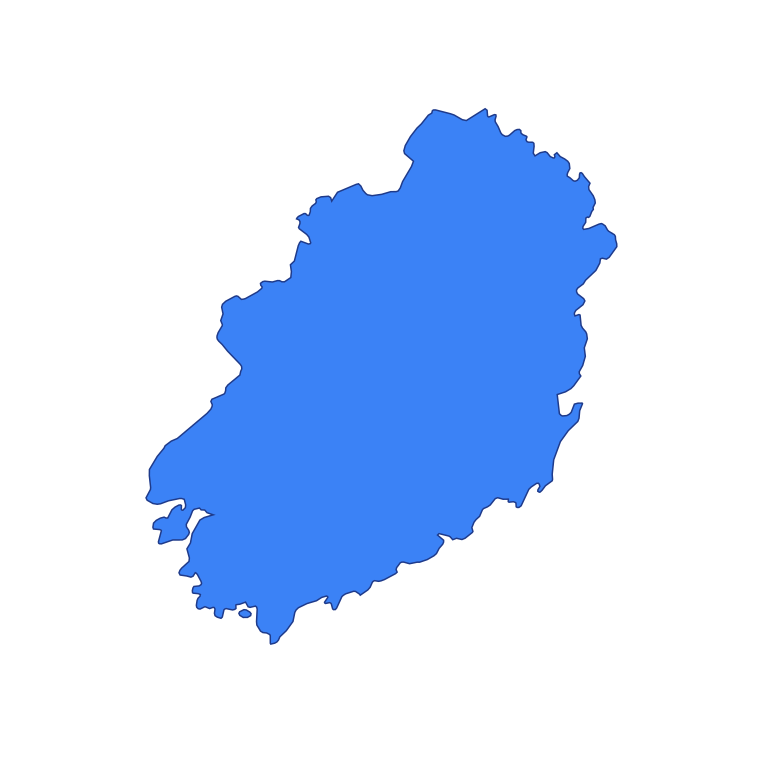 outline of Ryazan', rotated 139°
{"feature_id": "RUS-2374", "entity_name": "Ryazan'", "entity_type": "Region", "adm_level": 1, "iso_a3": "RUS", "parent_name": "Russia", "parent_adm1": "", "projection": "natural_earth1", "projection_center": [40.693, 54.337], "detail": "fine", "context": "isolated", "style": "filled", "palette": "blue", "viewbox_px": 768, "rotation_deg": 139, "n_neighbors": 0, "source": "natural_earth", "source_scale": "10m", "svg_char_len": 6164}
<svg xmlns="http://www.w3.org/2000/svg" viewBox="0 0 768 768"><g transform="rotate(139 384 384)"><path d="M293.3,559.2L274.0,552.9L271.9,551.8L271.6,548.6L272.8,544.0L272.8,539.8L272.4,537.7L269.4,533.9L261.4,528.7L252.7,524.7L248.6,521.2L246.7,520.4L243.1,521.3L237.1,524.6L220.6,530.1L215.6,532.8L217.3,544.4L216.0,547.0L211.5,550.0L201.7,553.4L191.2,555.5L185.1,555.8L174.2,557.8L170.3,557.1L168.0,558.6L166.8,558.3L165.2,556.9L156.5,544.3L154.6,541.0L151.5,532.1L149.0,528.8L127.1,525.4L126.6,523.0L130.0,518.3L130.0,517.3L129.6,516.7L124.0,514.9L123.0,513.8L123.7,512.6L126.9,510.5L128.0,508.9L129.0,503.4L131.1,496.9L131.2,494.6L130.0,491.4L128.1,490.0L126.2,489.5L119.1,489.5L116.6,488.7L114.8,487.3L114.5,485.5L115.9,483.7L115.9,482.6L115.6,480.9L113.9,477.5L114.0,476.7L116.6,475.2L117.1,473.2L116.4,471.8L113.2,468.9L113.0,467.3L114.8,464.9L119.9,460.3L120.4,457.1L114.4,456.1L109.9,453.6L109.1,451.6L109.3,446.5L108.0,443.6L107.1,442.9L105.9,443.4L105.0,445.3L101.8,445.1L101.8,440.0L100.0,435.3L99.2,431.6L99.5,428.9L102.4,424.7L106.7,423.0L108.5,421.8L109.3,420.6L108.4,417.8L107.8,413.3L106.8,411.7L104.4,410.9L101.3,411.5L98.7,414.1L97.5,414.7L96.6,414.2L96.2,412.8L96.7,409.1L96.8,400.4L100.0,398.8L101.8,396.3L102.6,388.8L104.0,384.7L105.8,382.0L110.4,380.1L111.5,378.4L114.0,377.9L118.6,375.5L120.3,375.5L121.0,376.6L122.8,376.8L125.7,373.7L130.5,372.3L131.8,371.1L131.9,369.7L127.4,367.0L116.8,363.6L114.7,362.5L114.1,361.4L113.3,358.3L114.3,353.5L114.2,351.8L112.2,345.6L112.5,343.7L114.6,340.9L116.4,337.1L118.2,334.9L130.9,331.9L134.2,332.3L136.7,335.7L138.5,336.5L141.8,333.7L149.6,330.7L163.8,330.1L167.9,328.8L174.7,329.3L177.0,328.7L178.3,327.0L178.8,324.9L177.3,317.4L177.9,314.9L181.8,313.3L190.9,313.7L193.7,312.7L194.6,311.6L195.2,310.1L191.3,308.5L190.8,307.4L196.8,298.9L197.5,295.9L197.5,291.1L198.2,288.8L200.9,284.7L209.1,279.9L213.9,272.8L221.9,267.6L228.6,265.2L229.8,263.6L230.2,260.9L241.9,258.2L245.9,257.9L252.1,259.0L260.2,262.4L271.1,246.5L270.9,244.1L270.3,242.8L266.7,240.2L263.8,239.6L261.3,239.8L253.5,243.9L250.2,242.3L247.0,239.6L247.1,238.9L253.8,235.5L259.3,230.2L262.3,228.6L275.5,227.9L288.7,224.8L305.6,215.5L316.3,205.5L319.3,201.5L320.5,200.6L328.9,201.3L334.4,200.1L337.0,200.0L337.8,200.5L338.3,202.2L337.2,203.2L333.6,204.4L332.6,206.4L332.6,207.8L334.0,208.9L340.3,209.7L343.8,209.5L360.4,202.1L363.1,202.3L364.5,203.5L364.8,204.6L362.5,207.6L362.6,208.5L363.5,210.2L367.2,212.8L367.4,213.7L365.7,215.5L369.7,218.9L372.8,223.6L375.2,224.5L383.2,223.0L386.5,223.4L390.6,224.7L392.3,224.5L398.7,221.4L403.5,221.3L406.8,220.6L411.9,218.0L413.6,214.4L414.7,214.0L424.0,214.4L427.2,215.5L430.5,220.0L434.3,221.4L434.3,225.2L434.8,226.7L440.6,235.0L442.7,234.9L441.5,227.0L442.7,225.6L444.7,224.6L450.2,223.8L455.7,221.6L459.0,221.6L466.5,223.1L473.9,226.1L475.9,227.8L482.6,231.6L486.0,236.7L487.6,238.0L489.1,238.4L495.0,237.1L496.7,235.9L497.5,233.4L499.7,233.3L511.9,236.1L515.4,237.4L517.5,238.6L520.1,241.7L521.2,242.1L522.7,242.1L527.8,239.7L531.3,239.2L540.5,240.2L540.3,241.4L541.6,246.2L542.9,247.5L550.6,250.8L553.3,251.2L555.2,251.2L566.7,246.0L568.7,245.7L570.2,246.9L570.3,248.0L568.0,252.7L568.0,253.7L568.5,254.7L572.1,256.7L572.4,257.6L572.1,258.3L566.4,259.8L566.0,260.6L566.5,261.7L571.0,263.8L577.1,264.7L586.1,268.8L595.3,271.3L598.7,271.1L601.2,270.1L608.5,264.5L619.6,261.9L628.5,261.5L631.6,260.0L634.0,259.6L636.5,260.1L640.1,262.0L639.9,262.9L635.0,268.6L634.6,269.9L635.9,273.1L638.5,275.9L639.3,278.5L638.1,285.5L636.1,288.3L627.4,297.3L626.5,299.2L626.7,300.7L631.6,303.3L632.7,305.0L631.6,310.2L637.3,312.4L640.0,314.2L640.8,314.4L643.0,311.7L644.5,311.8L646.5,312.8L650.5,318.1L651.8,318.6L652.9,318.6L658.9,314.2L660.7,314.1L662.8,317.4L663.5,320.0L662.4,322.2L659.2,325.0L658.8,326.7L659.6,327.6L662.9,328.9L665.2,333.4L670.4,334.8L671.1,335.5L671.7,336.4L671.8,338.4L670.8,340.1L667.0,343.3L664.9,344.3L662.2,344.5L660.7,345.6L661.7,347.6L665.2,351.3L665.4,352.1L664.2,353.8L662.0,355.4L660.3,355.9L656.0,352.9L653.7,352.6L652.4,353.3L651.6,355.0L649.8,362.7L649.9,364.8L650.2,365.4L654.2,364.2L656.4,364.9L658.9,368.6L663.2,373.6L662.6,376.0L660.2,377.3L657.5,377.8L647.6,378.0L645.0,380.4L640.9,388.9L634.4,391.0L626.9,396.9L612.2,402.1L607.3,401.2L598.7,397.3L602.0,403.0L602.0,406.5L604.6,409.0L604.6,411.4L609.5,414.0L611.6,413.9L617.7,410.7L625.3,407.8L626.8,405.8L627.4,401.6L628.3,399.7L630.2,398.6L635.2,397.6L638.6,398.7L645.8,404.9L656.9,409.4L658.3,410.8L658.5,411.7L657.8,412.9L648.3,419.3L648.2,420.2L648.8,421.3L653.1,425.8L652.4,427.5L649.2,430.2L645.3,430.5L640.8,429.5L637.3,427.8L636.5,425.9L635.1,424.8L626.6,428.2L622.5,428.2L618.2,427.2L616.9,426.2L616.6,425.2L619.3,422.2L619.2,421.3L618.6,420.7L615.0,421.0L613.0,422.9L610.4,428.0L611.8,430.3L613.4,431.7L623.2,437.2L631.2,440.2L634.0,442.0L636.8,445.4L639.0,451.7L638.3,454.2L629.5,457.6L628.0,459.0L621.3,468.7L617.1,473.4L602.7,478.1L592.2,479.9L589.6,481.0L582.1,480.5L575.8,478.5L536.8,477.9L531.2,478.6L528.4,479.9L527.2,481.0L526.1,484.4L523.9,485.4L511.4,481.4L510.0,481.6L507.9,482.9L505.9,484.9L502.5,485.7L486.9,485.3L483.8,487.6L481.4,488.7L479.9,490.8L479.6,493.0L480.5,511.4L480.2,520.0L480.6,524.7L480.4,527.1L479.7,528.5L478.5,529.8L475.4,531.6L467.9,534.1L467.0,534.9L465.6,539.0L459.5,542.5L456.1,548.5L453.6,550.1L449.2,550.3L439.1,548.0L437.6,547.3L436.7,546.0L436.1,541.4L434.3,540.2L432.6,539.4L419.1,536.5L413.5,536.4L412.3,537.2L412.2,539.4L411.2,541.0L408.3,540.8L406.5,539.8L401.3,534.2L396.5,531.9L395.0,530.5L394.0,528.1L392.0,526.4L384.5,525.5L380.2,529.5L376.4,535.4L371.0,535.6L358.0,544.6L355.0,546.0L353.1,546.3L349.2,539.2L347.6,538.3L346.7,538.6L344.3,544.1L344.2,547.6L346.1,556.7L345.8,558.2L342.1,560.3L340.8,561.8L340.5,563.7L341.7,566.0L340.7,566.4L338.7,566.6L332.5,565.1L331.4,564.0L331.2,561.7L330.7,560.9L329.7,560.6L326.6,562.4L324.3,564.8L321.5,565.5L317.1,565.2L315.6,565.9L314.6,567.7L313.1,568.0L308.8,566.6L302.7,562.1L302.0,559.7L303.5,556.3L293.3,559.2ZM636.6,296.7L640.1,297.4L643.4,300.2L644.6,304.0L644.0,306.1L642.4,306.8L637.8,305.6L636.2,303.9L634.9,299.9L635.0,297.9L636.6,296.7Z" fill="#3b82f6" stroke="#1e3a8a" stroke-width="1.5"/></g></svg>